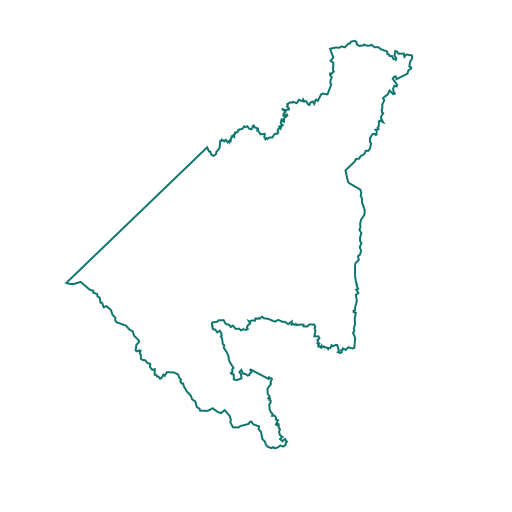 outline of Maceo, Antioquia, Colombia, rotated 349°
{"feature_id": "7082276B28427937115124", "entity_name": "Maceo", "entity_type": "district", "adm_level": 2, "iso_a3": "COL", "parent_name": "Colombia", "parent_adm1": "Antioquia", "projection": "natural_earth1", "projection_center": [-74.692, 6.525], "detail": "fine", "context": "isolated", "style": "outline", "palette": "teal", "viewbox_px": 512, "rotation_deg": 349, "n_neighbors": 0, "source": "geoboundaries", "source_scale": "gbopen_adm2", "svg_char_len": 6091}
<svg xmlns="http://www.w3.org/2000/svg" viewBox="0 0 512 512"><g transform="rotate(349 256 256)"><path d="M130.7,344.8L132.5,348.0L135.0,347.7L133.9,353.2L135.6,354.0L135.9,355.5L137.3,355.8L138.4,358.2L139.9,357.8L142.5,354.8L143.5,356.2L146.5,353.0L153.6,354.8L156.9,357.4L157.5,361.0L158.8,363.1L157.8,364.2L158.6,366.9L160.2,367.2L160.2,369.8L162.2,375.7L165.4,380.7L165.9,384.5L168.6,387.1L169.1,393.0L171.4,395.1L171.6,397.1L178.9,398.8L184.5,397.2L188.0,401.2L191.5,403.6L195.8,401.3L199.7,408.0L200.0,412.1L199.1,414.3L200.7,419.8L206.1,420.9L208.5,419.9L216.4,419.5L218.6,417.6L219.8,417.7L221.3,420.8L226.5,423.8L225.5,426.5L227.4,429.7L227.3,436.8L229.4,440.0L229.7,443.1L231.0,445.4L234.3,447.5L236.6,446.9L237.5,448.3L240.8,448.1L243.7,446.6L246.1,448.2L248.7,447.4L250.0,444.4L250.9,444.3L249.5,441.1L246.6,442.9L244.7,440.1L247.5,438.7L245.4,436.5L245.0,433.0L246.5,430.6L245.6,429.2L246.1,425.3L245.1,424.7L244.4,426.1L243.4,425.3L246.3,421.4L244.3,420.3L244.8,418.4L243.8,416.3L241.3,415.9L242.2,414.3L240.9,412.4L240.1,409.0L240.7,404.3L242.5,402.4L242.8,400.7L241.6,399.7L242.5,398.7L241.1,397.9L242.6,396.8L241.2,393.3L242.0,388.4L246.3,384.4L246.1,382.9L248.2,379.6L245.7,377.6L245.0,379.2L229.1,366.4L228.6,366.8L229.7,368.1L229.4,369.2L227.2,370.3L226.8,371.6L225.0,371.8L223.4,370.0L220.9,369.0L219.8,365.0L217.6,366.8L218.7,369.4L218.3,373.4L213.4,374.1L210.7,372.9L211.6,368.2L209.8,367.4L209.1,366.0L210.7,365.6L211.0,362.7L212.5,361.6L210.1,355.3L209.5,351.4L210.0,349.6L208.9,344.8L206.8,339.9L207.9,337.7L206.6,336.1L207.0,330.0L206.1,328.3L207.3,327.0L206.9,324.4L206.2,322.5L203.4,323.6L201.9,320.4L199.9,319.8L199.5,317.2L200.1,316.6L199.4,315.0L200.4,312.9L205.1,313.2L206.9,312.0L212.0,312.8L213.3,316.8L216.9,318.8L217.7,320.9L220.0,319.9L222.1,323.7L225.6,324.1L227.1,326.2L229.5,325.4L232.2,326.7L234.0,326.1L233.4,324.6L234.8,322.4L237.4,321.3L236.6,318.7L237.6,319.5L239.3,318.4L242.8,319.2L243.5,317.2L245.4,318.0L246.6,317.4L247.6,318.3L250.4,316.7L251.7,318.5L256.1,320.1L261.9,324.0L265.7,323.0L269.8,325.9L271.7,326.0L274.6,329.1L278.6,327.1L277.9,330.2L279.6,329.8L281.1,331.1L282.2,330.4L283.2,331.9L284.6,331.5L289.5,332.5L289.3,334.2L292.7,335.0L295.4,333.4L300.1,334.4L300.7,336.9L299.8,337.9L300.0,341.0L298.0,345.9L302.0,346.9L302.5,349.0L300.2,350.3L300.8,352.6L299.8,353.4L301.2,354.3L300.1,355.1L299.9,356.8L301.2,356.8L302.0,357.9L303.1,356.8L302.9,358.4L305.4,357.7L305.8,358.6L308.0,359.3L309.0,361.0L309.4,360.1L311.3,360.6L313.2,358.0L314.2,359.3L317.3,358.5L318.8,359.0L319.2,365.1L318.1,366.0L320.6,367.4L321.6,366.9L321.7,364.7L322.8,364.9L323.7,363.3L326.2,365.3L329.3,363.2L333.0,365.2L335.0,364.9L337.7,355.4L336.6,349.9L338.3,348.3L338.2,345.7L340.2,341.8L340.9,336.6L343.1,330.9L341.2,329.8L341.3,328.4L342.9,328.1L343.5,325.2L346.4,319.6L346.6,313.2L349.4,312.0L348.0,308.2L350.0,307.7L349.1,304.3L349.8,303.0L349.2,302.1L349.3,295.7L351.3,284.6L352.2,282.2L356.1,279.4L356.1,275.7L358.5,274.3L360.1,270.8L359.5,267.1L362.0,263.4L361.1,261.6L361.5,258.3L363.8,253.5L362.5,250.2L364.1,247.4L364.3,244.4L366.0,240.5L370.2,236.3L371.5,231.6L370.3,223.9L371.0,219.6L370.2,217.0L371.4,214.3L371.1,210.8L361.3,202.2L360.4,200.4L360.2,189.0L371.2,181.9L372.6,179.9L375.9,180.1L377.3,178.2L382.0,176.4L383.8,173.6L386.2,174.2L388.3,172.4L390.5,167.3L389.7,165.9L390.3,162.2L393.6,158.6L395.5,158.7L396.7,160.1L397.5,159.7L398.3,156.1L397.5,154.9L400.4,154.9L400.0,153.0L401.2,152.3L402.3,147.2L403.6,146.9L406.3,148.9L405.0,144.6L405.5,142.9L408.1,140.1L407.2,139.0L407.3,136.3L408.4,134.6L408.8,131.5L411.6,127.7L410.8,125.2L416.4,122.3L418.7,119.0L421.5,123.3L423.2,123.1L422.4,120.8L422.5,117.9L424.3,115.3L426.4,116.4L427.2,114.9L424.0,108.0L425.9,106.4L427.4,106.3L427.7,109.2L439.5,105.9L441.0,102.9L444.2,101.5L444.2,100.4L442.7,99.3L444.2,95.0L447.1,91.7L447.3,88.9L442.3,86.9L439.7,88.7L439.8,85.6L434.4,84.6L433.6,82.4L431.9,81.4L430.2,85.8L431.4,88.5L430.7,90.2L428.1,88.4L427.8,85.8L425.3,85.1L425.0,83.5L423.5,82.8L423.8,80.3L417.8,76.7L416.1,74.4L412.2,73.7L409.8,70.7L407.6,71.3L404.2,70.4L402.7,69.1L401.5,69.8L397.3,69.4L395.4,67.5L395.5,65.7L394.4,63.7L390.1,63.7L388.8,65.4L387.4,65.1L383.1,68.1L380.0,66.6L377.2,67.5L374.5,66.6L368.3,66.7L369.7,75.9L366.4,78.7L368.8,81.0L367.0,88.5L367.6,89.8L364.7,91.6L363.5,91.0L363.2,92.4L364.5,94.9L362.6,98.1L362.0,100.6L362.6,101.9L357.0,111.0L352.4,109.3L350.9,109.6L346.3,115.5L344.9,113.9L344.3,114.2L342.1,117.9L341.1,115.1L338.5,115.9L337.5,117.9L336.3,117.5L334.7,113.6L332.9,113.6L332.2,111.4L331.3,113.0L328.0,110.9L325.0,113.7L321.7,111.7L320.7,112.4L318.7,111.7L315.6,113.0L315.9,114.6L315.0,115.2L316.5,117.4L316.3,118.4L312.1,118.3L309.4,116.3L312.5,120.0L310.5,121.5L311.2,122.8L309.9,122.7L309.7,123.6L312.8,124.1L313.4,123.3L313.6,124.0L309.8,126.3L309.1,129.5L307.6,128.6L307.5,126.0L305.6,130.4L307.2,132.6L303.4,133.4L303.6,134.2L305.3,134.2L304.3,135.8L303.7,135.0L302.0,135.8L301.1,137.3L301.5,138.9L299.8,140.3L298.7,139.6L296.9,140.3L294.8,142.8L292.0,142.2L289.6,143.3L288.9,142.3L287.6,143.3L286.8,141.0L287.9,137.8L283.6,137.4L282.0,133.4L281.1,133.1L281.8,131.6L283.1,131.7L279.3,129.5L278.7,127.5L277.4,127.9L277.1,129.4L275.7,130.7L273.8,130.0L272.2,127.0L270.1,127.4L269.2,126.5L266.8,128.6L262.7,128.7L262.8,129.6L260.9,131.1L259.2,130.6L258.5,132.4L257.7,132.4L257.4,134.5L256.7,133.4L255.0,133.8L255.3,134.8L254.3,135.2L253.0,138.4L252.3,137.8L251.9,138.6L251.8,137.8L250.0,139.2L248.5,136.1L246.7,137.5L244.8,135.2L243.9,136.5L242.9,136.2L240.8,143.1L237.0,146.2L236.2,148.4L233.4,149.6L231.7,148.3L230.9,144.6L229.8,144.4L228.8,140.0L64.7,246.2L67.5,247.8L71.8,248.7L79.0,248.0L86.6,257.7L89.6,259.0L89.2,260.9L92.8,263.1L92.7,265.4L94.6,267.0L94.4,272.1L96.0,272.5L96.7,277.2L99.6,276.7L103.3,281.3L103.9,286.2L106.2,289.9L105.5,292.0L106.5,294.4L115.1,299.6L117.9,304.3L120.6,306.4L121.0,310.8L125.0,316.6L124.6,318.3L121.6,320.4L119.8,325.7L121.2,327.0L123.7,326.3L124.6,326.9L123.4,329.1L124.1,331.2L123.4,334.9L124.9,336.5L126.9,336.9L129.0,340.2L131.6,341.8L130.7,344.8Z" fill="none" stroke="#0f766e" stroke-width="2"/></g></svg>